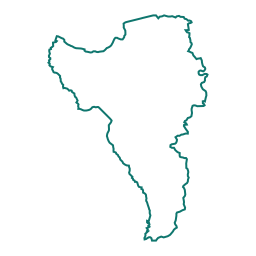 outline of Caldas Novas, Goiás, Brazil
{"feature_id": "56859067B92379395223730", "entity_name": "Caldas Novas", "entity_type": "district", "adm_level": 2, "iso_a3": "BRA", "parent_name": "Brazil", "parent_adm1": "Goiás", "projection": "robinson", "projection_center": [-48.654, -17.771], "detail": "fine", "context": "isolated", "style": "outline", "palette": "teal", "viewbox_px": 256, "rotation_deg": 0, "n_neighbors": 0, "source": "geoboundaries", "source_scale": "gbopen_adm2", "svg_char_len": 4934}
<svg xmlns="http://www.w3.org/2000/svg" viewBox="0 0 256 256"><path d="M191.0,52.4L189.4,51.6L188.2,51.2L188.8,50.3L189.0,49.3L190.2,47.9L191.2,45.8L191.8,44.3L191.5,43.1L190.5,42.2L190.4,40.3L189.9,37.9L189.1,37.1L189.4,35.3L189.5,33.2L188.3,32.5L187.1,32.3L186.2,31.2L185.6,30.2L186.7,30.2L188.8,29.9L188.4,27.1L188.1,25.6L187.9,24.1L188.9,23.3L190.5,23.0L191.6,22.4L191.2,21.3L189.6,20.5L188.2,20.7L187.4,19.9L186.3,19.1L184.6,18.7L183.7,17.0L182.1,16.9L180.6,16.9L179.0,15.9L176.6,16.4L175.6,17.5L172.2,16.2L170.4,16.5L168.0,16.5L164.1,15.4L162.2,16.3L159.7,16.7L158.3,18.3L156.0,15.4L154.9,15.4L153.2,15.4L142.5,18.0L141.1,18.4L127.0,21.9L125.3,22.4L123.6,23.6L123.8,26.1L123.7,27.5L125.3,30.6L125.4,32.6L125.4,34.6L124.3,35.9L124.2,37.1L123.3,38.5L122.6,39.4L120.8,39.4L119.4,38.9L118.3,38.5L117.1,37.8L115.4,37.8L114.5,38.8L113.8,40.2L113.2,41.6L112.8,42.6L112.2,43.6L111.2,45.4L109.7,46.7L108.0,47.6L106.7,48.1L105.2,49.8L103.5,51.2L99.5,51.7L98.0,52.1L96.5,51.9L95.2,51.3L93.4,51.3L92.0,52.3L90.6,52.5L89.2,52.2L88.0,51.9L85.6,51.5L84.5,50.6L84.6,49.4L82.4,48.8L81.0,48.5L76.1,48.2L74.3,47.6L73.2,46.9L71.9,46.2L70.8,45.9L70.0,45.4L68.1,44.6L66.8,43.8L65.5,42.6L64.3,41.6L64.3,39.9L63.2,38.7L61.6,38.1L58.2,36.4L56.8,36.2L56.1,38.2L55.4,40.4L56.8,41.1L56.0,42.0L53.0,42.6L53.1,44.7L53.2,46.0L52.4,46.8L50.8,47.8L51.0,49.1L49.4,49.6L49.2,50.9L49.5,52.4L49.9,53.7L49.4,54.7L48.9,55.9L49.1,57.3L50.3,58.1L50.3,59.2L49.0,60.3L49.4,61.8L48.5,62.7L49.8,63.9L49.4,65.2L50.4,66.3L52.9,67.1L52.2,68.2L52.2,69.4L52.9,70.6L53.6,72.2L54.8,72.7L55.8,72.7L56.9,73.1L57.9,73.8L59.0,74.9L60.1,76.0L60.0,77.6L60.6,78.6L60.8,81.5L61.5,82.3L62.0,83.7L63.2,84.8L63.0,86.8L63.4,88.2L64.5,87.9L65.5,88.2L67.1,88.6L68.4,89.7L69.2,90.7L70.8,90.3L71.7,90.7L72.0,91.9L73.1,92.7L74.4,93.5L74.5,95.1L75.1,96.8L76.2,97.6L76.8,99.0L77.6,100.6L76.4,102.5L77.8,103.5L78.5,104.4L78.1,106.1L78.5,107.3L78.3,108.9L79.7,108.9L81.3,109.4L82.4,110.0L83.9,110.5L85.2,110.5L86.4,110.5L88.0,110.2L89.1,109.9L90.2,109.4L91.0,108.8L92.4,107.2L94.1,106.8L95.8,107.3L97.3,107.0L98.4,107.1L99.7,108.3L110.2,118.8L111.6,120.5L111.3,121.6L110.8,122.6L108.8,125.2L109.0,129.5L108.8,130.7L108.2,131.8L107.4,133.4L107.1,134.7L106.9,136.1L107.4,137.6L107.8,139.1L108.3,140.3L108.7,141.2L109.6,142.7L113.0,145.3L113.2,147.1L113.6,148.9L113.5,150.2L113.6,151.8L114.8,152.1L115.9,152.6L116.2,153.7L118.0,155.1L118.4,156.3L119.7,157.6L120.3,159.6L122.4,161.6L123.1,163.2L124.8,164.5L126.6,165.4L128.9,165.6L129.1,167.1L129.7,168.6L129.7,170.7L129.1,172.6L129.5,174.0L130.5,174.9L132.4,176.8L131.9,177.9L132.9,178.6L133.2,179.9L134.6,180.6L135.0,181.9L136.2,181.8L137.2,182.4L138.2,185.7L138.9,186.8L140.6,187.3L141.6,187.4L141.4,189.0L142.7,189.5L143.1,190.9L143.1,192.6L144.4,193.2L145.4,194.0L146.0,195.0L146.1,196.6L146.5,198.4L146.2,199.7L146.2,200.9L147.0,202.2L147.9,205.2L148.9,208.1L149.2,209.4L149.8,210.5L149.7,211.6L149.7,213.2L150.4,215.4L149.0,220.2L148.7,221.3L147.1,220.8L147.1,222.4L147.9,223.2L149.1,223.1L149.5,224.7L148.3,225.9L149.4,226.8L148.5,227.4L146.7,228.1L147.8,229.7L147.1,230.9L148.1,231.2L146.6,232.6L145.3,233.8L145.5,235.3L145.0,237.0L144.4,238.0L144.6,239.4L146.1,239.0L147.5,238.0L149.1,237.2L150.4,237.3L151.4,238.2L152.0,240.6L156.0,240.6L156.8,239.4L158.1,237.9L161.2,236.6L163.7,237.4L167.8,236.2L170.1,234.8L172.9,231.5L173.9,229.7L175.3,228.5L176.8,227.6L176.5,226.1L175.2,224.3L174.7,222.8L175.7,220.4L176.4,215.8L176.4,213.6L177.0,212.5L179.8,211.7L182.5,210.2L184.8,209.4L185.1,207.6L183.7,204.2L184.0,202.3L183.9,201.1L183.3,197.9L184.9,195.9L185.3,194.5L185.0,191.9L184.8,189.9L183.9,187.9L183.0,187.0L183.4,185.9L185.6,184.0L187.0,183.1L187.8,181.6L188.0,179.5L188.7,177.6L187.9,176.2L187.8,174.5L188.3,172.1L188.0,170.5L187.4,168.8L186.3,168.0L186.3,165.6L186.2,163.5L186.5,161.6L186.9,159.2L186.0,158.0L184.4,158.1L183.0,157.5L181.0,157.2L179.9,156.7L179.6,155.1L179.7,153.0L177.5,152.1L175.3,150.1L174.0,147.8L171.9,147.8L170.3,146.9L170.5,145.1L171.7,144.3L175.1,143.7L176.1,142.8L176.7,141.4L177.0,139.7L175.5,137.2L177.7,135.7L179.5,135.8L181.4,134.6L182.8,134.5L184.8,133.8L186.0,133.5L187.8,133.6L187.9,131.9L185.5,128.6L183.9,126.0L184.1,124.9L186.8,124.6L186.2,123.4L184.3,122.3L184.9,121.0L186.4,120.3L187.8,118.0L189.9,117.4L191.4,116.2L192.0,113.0L191.6,110.1L191.6,108.9L192.0,107.6L192.6,105.8L194.0,105.3L195.5,105.5L197.3,106.2L203.5,106.0L204.6,105.3L204.1,104.2L202.9,103.4L202.8,101.3L203.9,101.1L204.9,101.5L205.8,97.5L206.4,95.5L206.2,92.5L205.6,91.1L202.8,89.2L201.3,86.5L200.9,84.3L201.8,82.9L204.2,82.0L205.0,80.4L204.9,79.0L205.3,77.2L206.8,76.4L207.5,74.6L206.6,74.0L204.7,73.9L202.4,75.1L200.2,75.1L199.1,74.5L198.6,73.2L198.6,71.8L199.5,70.8L200.8,70.5L202.6,71.2L203.5,71.3L204.6,70.2L205.3,68.9L204.9,67.5L203.1,66.3L202.6,65.0L202.0,62.6L201.8,60.5L200.7,58.1L199.2,58.5L197.9,58.6L196.5,59.1L194.8,57.0L193.4,55.5L192.8,53.9L192.4,52.9L191.0,52.4Z" fill="none" stroke="#0f766e" stroke-width="2"/></svg>